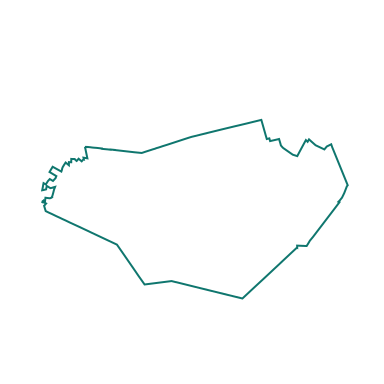 outline of Tlahualilo, Durango, Mexico, rotated 116°
{"feature_id": "50627088B18924906437301", "entity_name": "Tlahualilo", "entity_type": "district", "adm_level": 2, "iso_a3": "MEX", "parent_name": "Mexico", "parent_adm1": "Durango", "projection": "albers", "projection_center": [-103.583, 26.292], "detail": "fine", "context": "isolated", "style": "outline", "palette": "teal", "viewbox_px": 384, "rotation_deg": 116, "n_neighbors": 0, "source": "geoboundaries", "source_scale": "gbopen_adm2", "svg_char_len": 2813}
<svg xmlns="http://www.w3.org/2000/svg" viewBox="0 0 384 384"><g transform="rotate(116 192 192)"><path d="M179.5,63.6L142.7,56.2L136.6,55.0L136.6,56.1L136.0,55.9L135.2,55.6L134.4,55.4L131.3,54.7L126.2,54.7L119.0,55.3L117.7,55.0L114.9,58.1L92.7,82.9L90.3,85.6L88.1,87.8L92.0,90.8L95.7,91.7L95.8,101.4L94.3,106.8L93.4,109.9L96.2,110.1L95.4,112.4L99.7,112.6L109.7,113.0L113.6,113.1L114.3,117.8L112.5,129.2L112.2,130.2L111.2,132.5L109.8,133.7L107.4,135.9L106.2,137.0L107.3,138.3L112.0,144.1L109.9,146.0L111.6,148.0L109.3,150.1L96.9,161.2L96.8,161.3L103.2,169.0L105.3,171.5L111.8,179.4L113.9,182.0L122.4,192.3L130.9,202.5L140.6,214.1L142.4,216.3L143.5,217.5L145.3,219.4L148.0,222.2L157.9,232.4L160.6,235.2L163.8,238.6L164.2,239.0L165.5,240.3L167.3,242.2L167.7,242.7L168.0,243.0L168.9,243.9L169.2,244.1L171.0,246.1L172.0,247.1L174.0,249.2L176.4,251.7L176.5,251.8L177.8,253.1L178.5,253.8L178.8,254.2L179.0,254.4L181.5,261.1L188.3,280.3L188.2,280.3L189.5,283.8L189.7,283.7L190.6,286.3L192.5,291.3L192.7,292.0L192.4,292.1L194.2,297.2L195.3,299.9L195.8,301.3L196.2,302.5L196.3,302.9L196.5,303.4L197.3,305.6L197.6,306.3L197.7,306.2L197.9,306.6L198.4,308.0L198.4,307.9L199.0,307.5L199.2,307.3L199.3,307.3L199.7,306.9L199.8,306.8L201.3,305.7L207.6,300.8L207.9,301.8L208.7,304.6L210.0,303.6L210.0,303.8L210.5,303.9L211.0,304.1L212.8,304.6L211.8,308.5L214.5,309.2L214.7,309.3L214.2,311.0L213.9,311.7L213.8,311.9L214.1,312.5L215.1,314.7L215.2,315.0L218.2,313.6L218.7,314.7L219.1,315.7L221.9,314.4L220.9,318.5L224.0,318.9L226.3,319.1L227.7,319.0L228.7,318.7L229.3,318.6L230.9,318.4L230.4,328.3L233.9,328.6L236.5,328.8L237.2,320.9L237.6,320.9L239.3,320.7L243.0,321.8L242.7,325.5L245.4,326.3L249.3,326.7L249.1,329.3L251.4,328.7L252.7,328.3L256.1,327.4L255.3,326.3L253.6,324.3L250.2,325.2L250.6,321.0L249.1,319.0L248.9,319.0L247.4,317.3L249.6,317.1L250.5,317.0L253.4,316.4L255.5,316.0L257.3,315.7L257.5,315.7L257.8,315.7L257.9,315.8L258.0,315.8L258.3,315.8L258.5,315.8L258.5,315.7L258.7,315.8L258.9,316.0L259.0,316.1L259.3,316.3L259.6,316.7L259.9,316.9L260.0,317.1L260.7,319.1L261.4,321.2L264.6,320.1L264.5,321.6L264.9,321.7L265.3,321.7L265.4,322.0L265.7,322.2L266.7,322.1L266.7,321.3L266.2,320.8L266.3,319.6L266.3,318.7L266.3,318.3L266.3,318.1L268.7,318.7L269.2,318.9L271.5,316.8L273.3,315.1L273.3,313.2L273.3,311.3L273.2,308.2L273.2,305.1L273.2,303.2L273.1,299.6L273.1,296.8L273.0,293.3L273.0,290.2L273.0,288.8L272.7,274.5L272.7,273.4L272.6,267.7L272.6,266.9L272.6,264.9L272.4,250.5L272.2,236.4L277.4,227.1L286.8,210.4L290.9,203.2L295.9,194.1L295.4,193.3L281.0,171.3L280.8,170.3L280.1,167.0L280.0,166.8L277.9,157.0L275.9,147.6L268.7,114.2L265.6,100.0L254.6,95.8L235.5,88.4L203.5,76.2L198.6,74.3L196.0,73.3L196.0,73.0L194.1,74.0L190.3,65.3L187.7,65.0L184.0,64.7L179.5,63.6Z" fill="none" stroke="#0f766e" stroke-width="2"/></g></svg>